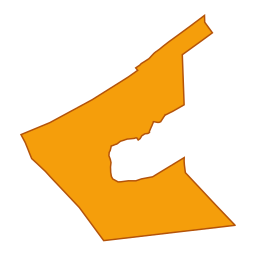 Burg al-Arab, Matruh, Egypt (Albers equal-area conic projection)
{"feature_id": "37247803B42052057109088", "entity_name": "Burg al-Arab", "entity_type": "district", "adm_level": 2, "iso_a3": "EGY", "parent_name": "Egypt", "parent_adm1": "Matruh", "projection": "albers", "projection_center": [29.569, 30.901], "detail": "fine", "context": "isolated", "style": "filled", "palette": "amber", "viewbox_px": 256, "rotation_deg": 0, "n_neighbors": 0, "source": "geoboundaries", "source_scale": "gbopen_adm2", "svg_char_len": 2176}
<svg xmlns="http://www.w3.org/2000/svg" viewBox="0 0 256 256"><path d="M176.5,232.1L219.7,227.1L221.5,226.9L235.0,225.3L235.0,225.2L215.2,204.5L185.4,172.7L184.9,169.1L184.4,165.1L184.1,160.9L184.2,157.6L152.6,176.8L141.5,178.9L135.9,180.8L128.4,180.8L125.3,181.2L120.7,181.8L118.1,181.9L112.8,179.0L111.4,176.5L110.7,172.4L110.5,167.0L111.0,162.6L110.3,159.4L108.9,155.7L109.2,152.3L110.2,150.5L111.3,145.9L112.3,145.7L116.0,144.2L116.5,144.2L116.9,144.0L117.5,143.5L118.4,142.9L118.5,142.8L118.8,142.5L119.5,142.0L119.9,141.7L120.0,141.6L120.2,141.4L120.9,141.1L123.9,140.2L125.2,139.7L126.9,139.2L127.2,139.1L127.5,139.0L128.2,139.0L134.3,138.4L135.3,138.0L135.7,137.9L136.1,137.9L136.7,137.9L136.8,137.9L136.9,138.0L137.3,138.6L137.4,138.8L138.2,140.0L138.9,139.5L139.3,139.2L139.9,138.8L140.2,138.5L140.4,138.1L140.6,137.7L140.9,137.4L141.1,136.9L141.5,136.2L141.8,135.8L142.6,135.3L144.1,134.3L144.7,133.9L145.1,133.8L145.7,133.7L146.9,133.6L147.1,133.5L147.6,133.5L148.1,133.3L148.4,133.2L149.2,132.6L149.5,132.4L149.4,132.0L149.4,131.5L149.6,130.9L150.4,129.1L150.5,128.8L151.0,127.6L151.9,125.7L152.7,123.6L153.1,122.8L153.4,121.7L154.0,121.7L154.2,121.8L155.0,121.9L157.0,122.3L157.4,122.4L157.6,122.4L158.4,122.4L159.0,122.4L160.0,122.0L160.7,121.7L160.8,121.5L161.4,120.6L162.3,119.2L163.1,118.0L163.9,116.7L164.1,116.5L164.7,115.6L164.9,115.3L165.1,114.9L165.3,115.1L165.7,114.8L166.4,114.5L166.6,114.4L170.3,112.5L172.0,111.7L173.1,111.1L184.1,104.8L184.0,101.6L182.3,54.7L202.2,40.3L212.4,32.8L204.7,22.2L204.5,15.4L192.8,24.2L192.7,24.3L179.0,34.4L175.0,37.3L169.2,41.5L164.8,44.9L164.2,45.4L163.9,45.6L160.6,48.3L159.4,49.3L155.7,51.9L153.9,53.4L152.3,55.1L152.1,55.3L150.9,56.6L149.9,57.7L149.5,58.1L148.9,58.7L148.8,58.8L147.5,59.6L146.0,60.6L144.6,61.5L142.0,63.1L141.2,63.6L139.7,65.2L137.9,66.4L136.4,67.4L135.7,67.9L137.7,70.3L128.1,77.1L92.0,99.8L49.9,122.6L21.0,134.6L25.3,142.7L26.5,145.7L26.9,146.6L27.8,148.9L27.9,149.1L29.7,153.7L31.6,158.4L31.7,158.6L33.8,160.5L40.1,166.4L41.9,168.1L45.2,171.2L45.5,171.5L50.3,176.8L72.8,200.6L79.5,207.7L79.6,207.9L103.7,240.6L175.5,232.2L176.5,232.1Z" fill="#f59e0b" stroke="#b45309" stroke-width="1.5"/></svg>